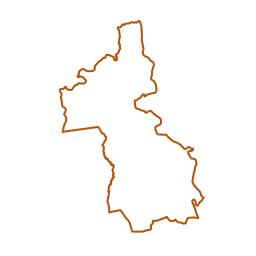 the Province of Kasaï-Oriental, rotated 172°
{"feature_id": "COD-1896", "entity_name": "Kasaï-Oriental", "entity_type": "Province", "adm_level": 1, "iso_a3": "COD", "parent_name": "Democratic Republic of the Congo", "parent_adm1": "", "projection": "robinson", "projection_center": [23.978, -4.842], "detail": "fine", "context": "isolated", "style": "outline", "palette": "amber", "viewbox_px": 256, "rotation_deg": 172, "n_neighbors": 0, "source": "natural_earth", "source_scale": "10m", "svg_char_len": 5828}
<svg xmlns="http://www.w3.org/2000/svg" viewBox="0 0 256 256"><g transform="rotate(172 128 128)"><path d="M128.0,23.4L138.1,24.8L138.4,25.8L139.3,32.4L139.8,34.5L140.2,35.6L142.9,39.8L145.8,45.9L146.6,47.1L147.1,47.7L147.6,47.8L158.3,47.1L158.0,50.1L157.6,51.8L157.9,53.0L158.0,55.3L158.6,57.5L158.6,58.1L157.4,61.4L157.2,62.8L156.3,64.3L156.1,65.1L155.9,67.0L156.4,67.6L156.3,68.0L156.1,68.3L155.5,67.8L155.3,68.1L155.4,68.4L155.8,68.8L155.6,69.5L155.7,70.3L155.5,71.0L154.9,72.4L154.3,73.0L154.2,74.4L153.8,74.7L153.0,74.7L152.4,74.9L152.5,77.6L152.3,78.0L151.7,78.1L151.3,78.5L150.8,79.6L150.4,79.7L150.4,80.5L150.1,80.9L149.3,81.0L148.8,81.2L148.8,81.8L149.4,82.8L149.4,83.2L149.3,83.9L148.7,84.0L148.5,84.4L148.6,85.4L149.2,87.8L149.2,88.9L148.4,90.1L147.8,91.3L147.3,91.6L147.7,92.7L148.0,93.0L148.6,93.3L148.1,93.7L148.4,93.9L149.5,94.0L149.8,94.1L149.7,94.4L149.5,94.7L149.4,94.7L149.5,95.2L150.4,96.7L150.8,96.3L151.2,97.4L152.2,98.5L152.2,99.9L153.2,100.9L153.8,100.4L154.1,100.7L154.5,101.4L154.7,102.7L155.2,103.1L155.1,103.9L154.9,104.4L155.6,105.2L155.6,105.5L155.3,106.1L155.2,106.5L155.3,107.6L155.6,108.1L155.7,108.5L155.6,109.0L155.1,109.9L154.6,112.7L154.9,112.9L155.7,114.6L155.4,115.0L154.2,116.2L153.1,118.0L153.1,118.3L152.7,118.5L152.1,119.0L151.6,119.6L151.0,121.1L151.0,121.5L151.4,122.4L151.2,122.6L151.8,123.1L152.4,124.9L153.4,125.9L154.2,126.4L154.8,127.6L155.4,128.2L155.7,129.8L157.1,132.9L157.6,133.1L158.4,133.2L193.1,133.3L192.5,134.8L191.3,138.8L188.8,142.8L188.1,144.5L187.7,146.2L187.8,147.3L189.1,149.5L189.3,150.4L189.0,151.1L187.8,152.7L187.3,153.8L187.1,155.0L187.2,155.6L187.6,156.3L189.7,158.5L189.9,159.1L190.1,160.2L189.9,164.6L190.2,167.7L190.0,168.5L189.2,170.0L189.2,170.5L189.3,171.4L190.1,173.2L190.3,174.3L190.1,175.1L189.5,175.8L188.8,175.9L187.2,175.8L186.5,175.8L185.8,176.2L185.0,177.1L184.4,177.5L183.8,177.3L183.6,177.0L183.4,175.4L182.8,174.8L180.2,173.7L178.7,173.6L178.0,174.0L174.7,177.4L174.0,177.7L172.6,177.9L170.8,179.0L170.0,179.1L166.9,178.3L165.2,178.2L164.8,178.4L163.6,179.3L162.9,180.6L163.8,182.2L166.0,184.9L166.5,185.2L167.1,185.3L167.3,185.6L170.1,185.2L170.6,185.4L170.7,185.8L170.7,186.5L169.7,187.1L169.2,187.6L169.2,188.4L169.1,188.9L168.5,190.8L168.2,191.1L165.1,192.7L164.3,192.8L163.9,192.7L161.8,190.7L159.6,189.8L157.4,189.4L155.9,189.4L154.1,189.6L153.2,190.2L152.7,191.1L152.5,192.0L152.6,192.9L152.5,193.5L152.3,193.8L148.0,197.5L147.2,198.0L145.5,198.6L143.3,200.5L142.8,200.7L141.3,200.8L140.6,201.0L139.8,202.7L139.0,203.3L138.0,203.3L136.5,202.8L132.8,200.6L132.4,200.0L132.4,198.7L132.3,198.0L131.9,197.2L131.5,196.9L131.1,196.8L130.2,196.9L129.9,196.7L129.5,196.9L129.6,197.1L129.9,197.4L130.1,198.4L130.0,198.6L129.4,198.6L129.2,198.8L129.1,199.2L129.9,200.2L129.7,200.3L129.5,200.7L129.6,200.8L129.9,200.9L129.8,201.7L129.6,202.3L129.1,202.8L127.8,203.1L127.3,203.5L127.1,204.2L126.7,204.4L125.9,206.4L124.8,207.2L124.6,207.9L124.8,210.1L124.7,210.8L124.3,211.5L124.3,211.8L125.3,212.5L125.5,213.1L125.3,213.6L124.9,214.0L124.4,217.0L124.2,217.6L124.0,218.1L123.5,218.6L123.4,218.8L123.5,219.4L123.3,220.0L123.2,225.6L123.4,226.1L124.0,227.5L124.2,228.2L124.1,228.9L123.9,229.0L121.9,228.9L121.2,229.1L120.3,229.8L119.5,231.0L118.8,231.4L118.4,231.3L117.6,230.6L116.0,231.5L115.7,231.6L112.6,231.4L111.8,231.6L110.6,232.2L109.9,232.2L108.7,232.0L107.1,231.4L105.7,231.6L104.5,231.2L104.0,231.4L103.2,232.2L102.5,232.6L101.8,232.3L101.4,231.6L101.0,229.5L100.5,227.8L101.3,218.2L102.1,213.8L102.1,211.9L101.8,209.2L102.0,207.5L101.6,205.6L101.6,204.3L103.0,200.0L103.0,199.6L102.7,198.6L101.7,197.2L101.0,196.6L99.4,195.8L98.3,195.0L97.7,194.3L96.4,191.6L95.8,191.0L94.2,190.0L93.7,189.1L93.5,187.6L93.7,186.4L95.7,182.4L96.3,180.9L96.5,180.0L96.9,177.2L97.7,175.4L98.3,174.3L98.4,173.9L98.3,173.3L97.9,172.7L96.3,171.3L95.8,170.7L95.1,169.3L94.7,168.3L94.4,166.6L94.4,162.0L95.2,159.9L95.7,159.4L96.2,159.2L96.9,159.1L100.0,159.0L104.0,158.4L104.9,158.1L106.7,157.0L107.0,157.0L107.3,157.2L107.1,158.4L107.2,158.7L107.6,159.1L108.4,159.1L109.1,158.7L109.8,158.2L110.7,156.9L111.3,156.4L113.4,155.6L115.7,154.2L117.1,154.3L117.4,154.2L117.7,153.6L117.7,147.7L117.3,146.7L116.2,145.8L115.0,145.3L112.3,143.6L109.6,142.6L109.3,142.4L109.0,142.0L108.5,141.0L108.2,140.7L107.5,140.7L104.3,141.9L103.6,141.9L102.8,141.6L100.5,138.5L97.4,135.4L94.9,133.2L94.5,132.5L94.4,131.8L94.3,130.2L94.4,129.1L95.1,127.5L95.8,126.9L99.8,125.7L100.5,125.2L101.0,124.4L101.0,122.8L100.4,119.3L99.9,118.3L99.3,117.6L98.4,117.2L96.4,117.0L94.2,116.4L92.1,116.3L91.2,115.9L88.9,112.8L86.0,109.4L84.6,108.2L80.7,106.1L78.5,104.2L77.8,103.3L77.1,102.1L75.0,99.4L74.6,99.2L72.3,99.8L71.7,100.4L70.4,100.6L69.9,100.4L69.5,100.2L69.1,99.8L68.8,99.4L68.7,98.9L68.4,98.7L66.5,98.4L66.6,97.9L67.0,97.1L67.7,96.7L68.9,96.4L70.4,96.5L71.2,96.4L71.6,96.3L71.8,95.9L71.8,94.7L70.3,90.4L69.8,89.5L69.2,88.9L66.7,88.2L66.1,87.8L65.5,87.0L65.2,85.4L65.2,82.8L65.3,82.2L66.6,80.7L67.2,79.7L67.8,76.8L69.2,74.1L71.6,66.4L71.7,65.8L71.4,64.1L71.0,63.1L70.6,62.1L66.8,56.4L66.2,55.7L65.7,55.0L65.2,53.2L65.0,51.1L64.4,50.1L62.9,48.5L63.5,48.0L65.0,45.9L67.2,44.5L68.3,43.4L69.1,42.1L70.0,41.5L70.9,41.7L71.3,42.4L71.5,43.4L71.4,45.9L71.5,46.4L71.8,47.2L72.4,47.8L72.9,47.9L73.4,47.8L74.2,47.2L74.5,46.7L74.6,45.6L72.7,38.1L72.3,34.6L72.0,33.2L70.9,30.0L70.9,29.3L71.1,29.1L71.3,29.0L74.3,30.0L75.6,30.3L80.7,30.6L81.1,30.5L81.9,29.9L84.0,26.2L84.5,25.5L85.1,25.7L86.2,25.5L88.7,27.0L90.2,27.1L91.8,28.1L92.9,29.0L93.8,30.6L95.7,29.7L96.1,29.7L97.5,29.7L98.6,30.0L99.7,30.8L100.6,32.0L101.7,34.1L102.0,34.5L102.4,34.6L103.5,34.0L111.9,32.2L113.4,32.2L115.6,32.6L116.2,32.5L116.4,32.1L116.4,30.9L116.6,30.3L117.1,29.6L118.3,29.0L119.0,28.0L119.1,25.4L119.3,25.0L119.9,24.4L121.0,24.1L125.1,24.0L125.9,23.7L128.0,23.4Z" fill="none" stroke="#b45309" stroke-width="2"/></g></svg>